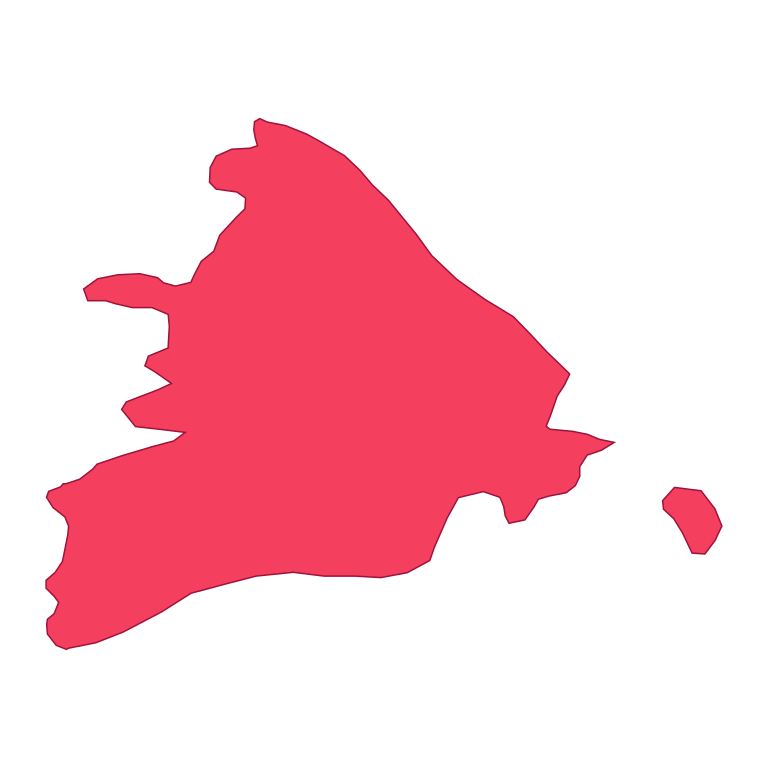 outline of Umeå, Västerbotten, Sweden
{"feature_id": "70781695B42306672423643", "entity_name": "Umeå", "entity_type": "district", "adm_level": 2, "iso_a3": "SWE", "parent_name": "Sweden", "parent_adm1": "Västerbotten", "projection": "equal_earth", "projection_center": [20.181, 63.977], "detail": "fine", "context": "isolated", "style": "filled", "palette": "rose", "viewbox_px": 768, "rotation_deg": 0, "n_neighbors": 0, "source": "geoboundaries", "source_scale": "gbopen_adm2", "svg_char_len": 1820}
<svg xmlns="http://www.w3.org/2000/svg" viewBox="0 0 768 768"><path d="M259.7,118.6L254.5,121.7L253.8,129.9L255.3,138.1L257.5,145.7L250.1,148.2L231.7,149.2L216.2,156.1L210.2,167.5L209.5,182.3L216.1,189.1L236.8,192.0L245.6,198.1L244.9,208.9L236.7,216.9L219.7,235.3L213.8,251.2L201.2,261.4L194.5,274.4L190.8,282.4L175.3,286.1L163.5,282.8L157.6,277.7L139.8,273.7L117.7,274.8L97.7,278.8L83.6,289.0L87.8,300.7L105.8,300.7L115.0,303.6L132.4,307.6L152.0,307.6L168.2,314.4L169.3,326.4L168.1,348.0L148.4,356.1L144.9,365.8L155.3,372.1L171.5,383.5L157.6,389.9L126.3,401.9L121.6,409.4L135.5,426.6L156.3,428.9L185.2,432.4L173.6,441.0L153.9,446.2L122.6,455.5L97.1,464.1L92.5,469.3L79.7,479.2L65.8,483.8L63.2,483.7L60.6,486.9L48.7,491.3L46.5,497.3L53.1,507.7L64.9,516.9L68.6,526.2L67.8,534.8L62.5,561.3L55.1,572.5L46.1,580.3L46.1,588.2L54.2,596.4L58.7,602.4L54.1,613.7L47.4,619.3L46.7,624.6L47.4,634.0L56.2,645.3L66.5,649.4L68.5,648.2L95.7,642.8L123.0,632.1L161.6,611.9L191.1,593.2L228.2,583.3L256.1,576.1L293.1,572.3L324.1,576.1L355.1,576.1L380.8,577.6L407.2,572.7L429.8,560.5L434.4,547.2L447.1,518.1L458.4,497.6L483.3,491.6L499.9,497.3L503.7,506.3L505.2,515.8L509.0,523.3L524.9,519.9L533.9,507.1L538.4,499.2L548.9,496.1L566.3,492.7L575.3,485.6L579.8,476.2L579.7,466.7L587.2,455.1L601.5,450.2L614.2,442.4L598.9,439.2L587.7,434.4L572.9,431.4L549.9,429.2L546.2,426.2L550.6,415.2L557.2,396.1L564.6,384.7L569.7,374.0L560.8,365.3L546.7,351.7L529.6,333.4L513.2,316.6L485.1,299.5L456.9,279.5L431.7,255.6L416.2,234.2L388.1,199.9L372.6,185.2L360.0,170.4L351.5,162.3L344.5,155.7L321.6,142.4L306.9,134.2L285.5,125.6L267.1,122.0L259.7,118.6ZM674.5,487.4L662.6,500.7L663.5,509.2L673.8,518.7L682.5,532.9L692.1,553.1L704.9,554.0L715.2,540.2L721.9,526.0L714.9,508.8L701.1,490.8L674.5,487.4Z" fill="#f43f5e" stroke="#9f1239" stroke-width="1.5"/></svg>